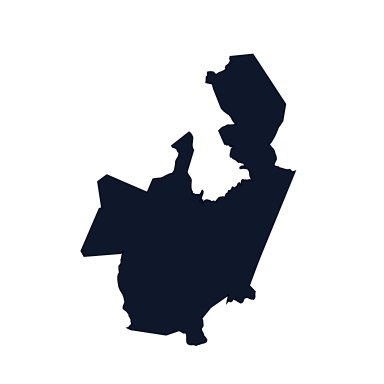 the district of San Miguel Panixtlahuaca, Oaxaca, Mexico, rotated 196°
{"feature_id": "50627088B1667917270930", "entity_name": "San Miguel Panixtlahuaca", "entity_type": "district", "adm_level": 2, "iso_a3": "MEX", "parent_name": "Mexico", "parent_adm1": "Oaxaca", "projection": "equal_earth", "projection_center": [-97.405, 16.226], "detail": "fine", "context": "isolated", "style": "filled", "palette": "ink", "viewbox_px": 384, "rotation_deg": 196, "n_neighbors": 0, "source": "geoboundaries", "source_scale": "gbopen_adm2", "svg_char_len": 6045}
<svg xmlns="http://www.w3.org/2000/svg" viewBox="0 0 384 384"><g transform="rotate(196 192 192)"><path d="M276.4,150.4L282.2,104.8L278.0,100.6L243.4,113.6L242.8,114.8L242.1,115.9L241.6,116.9L241.7,114.8L241.6,113.2L241.7,111.8L241.1,108.1L241.5,107.5L241.2,106.7L240.8,106.2L240.8,105.5L240.6,104.8L240.4,104.0L240.5,103.3L241.2,101.6L241.5,101.0L241.6,100.3L241.3,99.7L240.6,97.2L239.7,95.5L239.3,94.4L239.6,93.7L239.9,92.4L239.9,91.3L239.7,89.8L238.8,87.0L238.2,85.6L237.6,84.2L236.9,83.0L236.2,81.1L234.1,78.4L231.0,75.5L230.2,75.0L229.5,73.7L228.3,72.3L227.2,70.1L226.2,68.5L225.9,67.2L226.3,63.9L226.3,62.5L225.9,61.3L225.5,60.9L223.3,60.0L221.8,59.5L220.8,58.8L220.3,58.2L219.6,57.9L218.8,57.2L218.2,55.6L217.3,55.0L215.5,52.9L215.0,52.0L214.8,50.9L214.6,50.4L214.1,50.0L213.8,49.4L213.5,48.6L213.4,48.2L213.8,47.5L214.6,46.4L215.3,44.5L215.6,44.2L216.5,43.6L213.0,43.0L177.5,47.6L166.2,55.5L161.0,54.3L159.5,55.3L157.8,53.8L157.1,51.9L156.0,47.9L155.7,47.4L155.4,46.4L155.0,45.9L154.6,45.5L153.8,45.1L152.8,44.9L151.9,44.9L150.8,45.1L149.7,45.5L149.2,45.8L147.8,46.0L146.1,45.9L145.4,46.0L144.5,47.3L143.6,47.6L142.6,48.0L141.9,48.8L140.6,49.7L140.0,49.7L139.5,50.1L138.1,51.0L137.1,52.2L137.1,53.3L137.3,54.1L138.5,55.1L139.7,56.0L141.2,56.9L141.5,57.5L142.3,58.8L143.6,60.3L144.2,60.7L145.0,61.8L145.5,63.0L145.5,64.3L144.9,65.2L144.7,66.1L144.8,67.0L145.4,68.2L146.2,70.8L147.2,72.3L147.8,72.9L147.7,73.6L142.4,86.2L128.7,103.1L128.2,102.5L128.0,97.8L127.8,95.7L127.4,96.6L126.6,97.4L126.1,97.6L125.1,97.3L124.5,97.4L123.9,98.0L123.5,98.9L123.4,100.1L123.0,100.6L122.4,100.8L121.1,100.6L120.5,100.3L119.8,100.5L119.1,100.2L117.8,99.6L117.0,99.6L116.6,99.4L115.5,99.1L114.6,99.0L113.6,99.6L113.3,100.4L113.0,101.2L113.0,102.4L112.8,103.4L112.8,104.0L112.3,104.6L111.4,105.5L110.6,105.9L109.4,106.2L108.1,106.1L107.7,105.7L107.1,105.6L106.6,105.8L105.6,105.6L104.6,105.9L103.4,106.0L102.8,107.0L102.8,107.9L102.9,109.0L103.1,109.6L103.5,110.0L103.7,111.4L104.0,112.3L103.9,113.5L111.3,117.8L109.6,139.7L108.9,147.6L98.7,240.3L99.9,239.4L100.6,239.1L101.6,239.1L102.7,239.4L103.4,240.1L104.1,240.5L106.5,239.4L109.4,239.2L111.4,239.3L115.0,239.2L115.8,239.8L117.5,239.6L118.7,239.6L120.3,239.8L120.9,241.1L120.8,243.1L120.5,244.8L120.1,246.3L120.6,248.1L121.7,250.1L122.7,251.2L123.5,252.5L124.2,253.9L125.8,255.5L127.0,256.1L129.4,257.8L130.9,258.9L131.0,259.6L130.3,260.7L129.7,262.0L128.1,268.2L127.3,274.4L127.2,276.3L127.0,277.9L126.6,279.1L125.9,280.8L125.1,283.9L124.6,284.9L124.5,285.3L126.4,302.2L171.4,341.0L192.5,332.6L192.3,330.4L192.0,330.1L191.6,330.0L191.3,329.5L191.2,328.3L191.4,326.7L191.9,325.1L192.7,324.0L193.9,322.6L194.0,321.0L193.6,320.6L193.4,319.9L193.5,319.3L193.9,318.0L196.8,315.4L197.9,314.6L198.2,314.5L198.9,314.1L199.1,313.6L200.3,312.2L201.1,311.6L202.3,311.6L203.1,311.9L203.7,312.6L204.8,313.0L207.1,312.6L207.5,312.6L208.1,312.2L209.6,311.7L209.9,311.3L209.1,308.7L209.0,308.0L209.2,307.6L209.7,306.9L209.8,306.5L208.8,302.6L208.7,301.2L202.2,301.7L199.5,297.2L186.8,280.7L183.6,278.8L180.1,277.4L177.7,276.7L175.8,275.4L174.4,274.3L172.9,272.5L171.5,271.4L170.3,270.5L168.3,269.1L170.3,268.0L173.4,266.8L175.7,266.3L177.0,265.5L178.1,264.1L180.2,262.7L180.8,262.0L183.0,258.3L173.7,247.1L172.8,247.6L172.3,247.3L171.7,246.9L171.4,247.3L170.6,247.5L169.9,247.6L169.2,247.5L168.0,246.5L167.3,246.4L166.8,246.5L166.6,247.2L166.6,247.5L166.2,247.4L165.4,247.0L165.1,246.6L164.7,245.8L164.6,245.2L165.0,245.1L165.5,244.9L165.8,244.5L165.9,243.8L165.9,243.1L165.8,242.4L165.6,240.6L165.5,238.6L165.3,237.8L164.9,237.1L164.4,236.4L163.5,236.6L162.8,236.4L162.1,236.0L161.8,235.6L161.1,235.6L159.7,235.3L159.3,235.8L158.9,235.6L158.0,234.6L155.2,233.5L154.5,234.2L153.9,234.1L153.4,234.0L153.0,234.0L152.6,234.3L152.3,233.8L150.9,234.1L150.2,234.0L149.6,233.4L149.3,233.4L149.0,232.6L149.0,230.8L149.3,230.7L150.4,230.7L150.9,230.6L151.4,230.3L152.0,229.7L152.5,229.0L152.5,228.3L152.0,228.0L151.3,228.2L149.6,229.0L148.9,229.3L147.9,229.4L146.9,229.4L145.2,230.0L143.5,228.7L143.0,228.4L142.5,227.8L142.0,227.0L140.7,223.7L137.4,219.6L140.3,219.5L141.5,218.5L143.8,218.2L145.6,217.5L146.1,217.8L146.4,217.8L146.8,217.6L147.3,216.5L146.9,214.9L146.6,214.5L146.3,213.4L146.6,212.2L147.7,212.8L148.5,213.8L148.8,213.8L149.4,213.4L149.8,212.8L150.0,211.9L150.0,210.4L150.4,209.7L150.6,209.6L151.2,208.8L151.4,208.4L151.6,207.8L151.8,207.5L152.5,207.4L153.4,207.7L154.4,207.8L154.5,207.0L154.5,206.4L154.6,205.3L155.1,204.5L155.4,204.0L155.8,203.6L156.2,203.6L157.0,203.3L157.1,202.8L156.9,201.8L157.0,201.3L157.7,200.4L158.1,200.0L158.4,199.6L158.6,198.7L158.7,196.7L158.9,196.1L159.2,195.6L159.6,195.7L160.2,195.8L161.5,195.5L162.7,194.7L163.4,194.7L164.5,193.7L166.1,190.2L165.7,189.1L166.7,188.9L167.2,188.9L168.6,189.1L170.7,187.6L171.8,188.4L173.5,188.6L174.2,188.3L175.3,188.5L176.2,188.1L176.6,187.8L177.3,186.9L177.6,186.0L178.7,184.3L179.5,187.0L180.4,186.7L180.7,187.2L181.1,186.9L181.5,186.5L181.7,186.2L181.7,187.4L181.4,188.6L181.6,190.0L181.4,192.1L181.4,194.4L181.5,195.2L182.2,196.1L182.6,196.2L182.7,195.8L182.7,195.0L183.2,192.6L183.7,191.7L184.1,191.1L184.5,190.9L185.0,191.2L185.6,191.0L186.1,191.0L187.0,190.6L188.4,190.3L188.9,190.4L189.5,190.6L190.2,190.6L190.5,190.5L191.2,190.4L191.6,190.5L191.7,191.9L191.9,192.4L192.7,192.7L193.9,194.8L194.5,196.4L195.2,198.6L195.4,199.5L195.7,201.1L195.9,202.2L196.3,203.5L197.7,205.2L200.0,207.0L201.4,208.4L202.2,209.4L202.5,209.5L202.2,232.7L203.6,234.1L204.3,235.3L205.1,237.2L206.3,244.0L206.8,244.9L207.1,245.5L208.5,246.9L210.0,248.1L210.6,248.1L210.9,248.4L211.3,248.6L224.1,230.9L223.6,230.4L222.7,229.8L221.7,229.9L220.5,229.8L218.6,229.5L216.9,227.3L215.9,226.7L215.4,226.5L214.9,225.7L214.9,224.5L214.7,222.7L215.0,221.3L215.6,219.2L215.9,217.5L215.8,216.0L215.4,214.8L215.1,212.8L214.8,208.5L215.1,206.9L215.6,205.1L216.2,204.1L217.3,203.7L218.7,202.8L222.2,199.7L223.3,198.5L226.1,196.4L227.3,196.1L232.9,193.7L234.8,179.1L278.5,184.8L285.3,176.0L274.2,151.8L276.4,150.4Z" fill="#0f172a" stroke="#020617" stroke-width="1.5"/></g></svg>